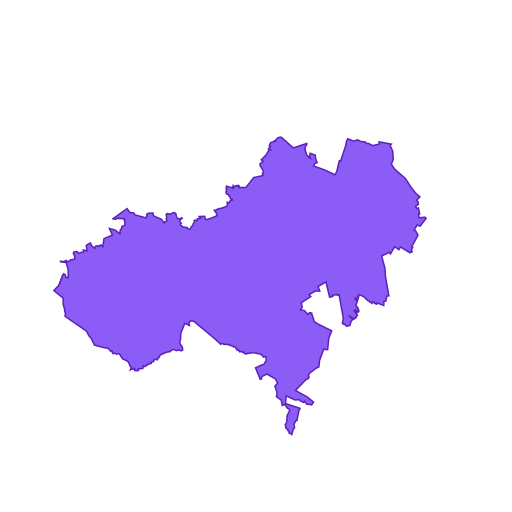 outline of San Luis de la Paz, Guanajuato, Mexico, rotated 221°
{"feature_id": "50627088B5782289806416", "entity_name": "San Luis de la Paz", "entity_type": "district", "adm_level": 2, "iso_a3": "MEX", "parent_name": "Mexico", "parent_adm1": "Guanajuato", "projection": "albers", "projection_center": [-100.461, 21.381], "detail": "fine", "context": "isolated", "style": "filled", "palette": "violet", "viewbox_px": 512, "rotation_deg": 221, "n_neighbors": 0, "source": "geoboundaries", "source_scale": "gbopen_adm2", "svg_char_len": 6133}
<svg xmlns="http://www.w3.org/2000/svg" viewBox="0 0 512 512"><g transform="rotate(221 256 256)"><path d="M319.3,351.2L318.4,347.9L316.8,348.1L317.0,345.2L314.6,345.5L315.8,344.0L314.7,339.1L315.1,332.0L312.6,332.1L313.5,328.3L312.4,327.0L305.8,324.8L305.1,323.5L305.4,322.6L303.5,321.3L309.2,313.7L308.6,301.1L313.7,296.6L314.3,297.6L315.5,297.9L315.9,297.5L315.6,296.6L316.9,296.4L317.9,294.4L319.2,294.3L317.7,293.1L317.7,291.8L319.1,292.6L319.5,291.3L324.1,289.4L322.9,287.4L321.7,286.9L320.9,284.8L319.1,283.4L317.1,284.2L315.8,283.5L314.7,283.8L313.0,282.5L312.1,282.5L311.5,283.2L310.6,282.8L311.7,280.9L311.2,278.4L313.0,277.7L311.3,276.0L310.8,274.8L311.0,273.7L313.5,269.2L315.2,267.4L316.8,263.5L318.0,263.1L314.7,262.6L311.9,260.9L314.5,255.4L317.6,250.4L320.9,252.2L324.8,248.5L322.6,248.0L324.6,245.6L323.8,243.9L325.5,243.2L325.8,242.2L324.7,240.8L324.6,239.2L323.9,238.3L323.9,235.4L323.3,232.7L325.1,232.0L326.4,232.3L330.1,230.1L333.1,229.7L333.8,230.2L333.8,231.6L336.0,231.9L336.8,233.0L336.6,236.2L337.0,236.2L338.1,233.8L339.6,232.9L342.0,233.6L344.2,235.4L346.4,235.1L348.7,230.7L350.7,230.1L351.1,228.4L349.4,227.3L348.0,225.0L346.5,224.3L346.6,222.3L347.3,222.1L347.1,220.7L351.6,221.7L358.9,219.2L360.7,219.6L362.0,220.9L365.3,217.6L365.9,215.8L364.5,214.6L364.2,212.5L374.6,207.5L376.4,208.4L379.7,206.1L384.4,207.2L388.4,190.3L387.8,190.2L387.5,191.1L386.1,191.5L384.8,194.3L384.1,194.2L380.8,197.2L380.2,197.4L380.4,197.0L379.5,196.6L378.6,197.0L375.5,193.6L375.3,192.6L376.2,191.1L376.0,190.5L376.5,190.3L375.5,188.4L375.5,186.4L373.3,183.6L379.5,183.1L384.7,180.6L378.1,177.6L382.1,169.3L377.7,162.5L380.3,162.7L380.7,160.3L382.1,160.2L382.4,159.2L383.3,158.7L383.6,157.6L382.6,156.1L386.1,155.8L389.7,157.2L391.1,152.6L387.0,149.2L390.3,147.2L388.9,146.3L391.7,141.5L393.0,142.0L394.6,141.6L396.1,139.4L395.4,137.9L393.2,137.2L390.8,134.9L392.8,131.8L393.4,131.7L393.3,129.9L394.2,129.0L393.9,128.3L395.4,127.7L396.4,128.1L397.3,125.8L400.1,123.7L399.7,123.4L394.9,126.6L388.6,122.2L383.4,116.3L385.5,115.2L387.6,116.7L389.4,116.5L389.5,115.7L388.9,115.0L389.3,114.5L388.9,113.0L387.9,111.9L388.2,110.6L386.6,108.4L387.1,107.8L386.0,106.5L386.1,105.0L385.2,103.5L385.7,102.4L385.9,97.3L373.9,97.7L369.9,93.1L364.8,89.7L364.2,88.7L362.3,87.8L360.5,85.2L334.6,88.1L329.6,86.1L326.4,85.7L319.4,82.8L310.5,87.1L306.9,89.4L303.2,88.8L303.0,89.7L302.0,89.8L301.3,89.0L299.7,88.5L299.0,90.0L296.9,90.4L295.4,92.2L294.2,92.4L289.5,90.8L284.3,92.3L282.2,92.1L278.5,90.1L276.9,90.2L276.1,87.8L275.7,88.9L273.8,90.4L273.8,91.3L272.2,90.0L269.8,92.0L269.7,92.9L270.7,93.8L267.6,96.8L268.9,99.1L267.1,99.8L267.0,101.6L266.3,102.8L266.8,103.2L264.6,106.1L265.4,107.0L264.0,109.4L264.9,110.4L263.9,112.2L262.3,113.0L263.1,114.5L262.6,115.3L262.8,116.8L263.5,118.0L262.9,119.1L262.9,120.6L261.9,121.0L261.7,122.4L258.9,126.9L258.4,126.8L257.6,130.4L256.6,131.6L253.9,132.4L253.0,134.1L250.3,135.3L249.7,136.6L249.8,137.3L252.3,139.1L254.8,139.6L257.1,140.9L257.9,143.0L261.5,147.6L262.7,150.1L265.5,158.4L260.6,159.9L263.1,162.0L262.5,164.5L260.0,165.9L233.2,166.5L224.7,166.2L224.6,167.2L223.9,168.0L222.0,168.3L220.3,170.3L219.2,170.4L218.0,171.8L217.5,171.5L215.8,171.9L214.8,172.8L213.1,172.7L212.7,173.5L211.4,173.9L210.3,173.0L209.2,173.3L208.8,172.6L207.4,173.6L206.9,173.1L206.1,173.6L205.5,173.0L204.2,174.5L202.9,174.4L202.1,175.6L200.9,174.8L199.7,175.2L198.6,176.2L198.5,177.3L197.2,178.1L194.9,181.1L188.2,184.9L185.7,185.1L184.2,184.5L182.6,186.5L179.8,184.1L179.0,179.2L180.4,177.2L183.0,171.3L172.0,165.7L171.2,166.7L172.5,168.7L170.4,174.0L160.5,176.0L156.3,174.2L156.3,170.1L150.3,166.6L148.3,163.2L142.6,163.8L138.1,160.4L137.1,162.5L135.8,162.8L133.3,161.7L130.8,162.1L129.3,161.7L127.6,155.4L125.9,153.9L125.4,152.5L124.2,151.7L123.2,147.8L120.3,145.6L118.2,146.0L117.7,145.3L115.6,144.8L114.6,144.0L113.5,144.7L111.9,144.7L114.1,149.5L114.2,151.7L117.1,154.3L117.7,157.5L117.7,158.6L117.2,158.8L121.8,166.7L122.8,169.9L137.0,164.0L141.4,170.3L132.0,173.0L129.1,176.0L127.8,175.7L124.0,176.7L124.2,178.2L120.6,177.5L116.3,180.2L116.8,183.5L125.0,183.2L138.0,180.4L137.2,195.6L136.3,197.0L136.4,199.4L138.0,199.9L138.7,202.7L137.0,210.7L135.8,213.5L139.6,219.1L143.7,230.0L140.5,232.3L147.1,241.7L149.8,249.2L164.4,245.4L168.9,244.7L175.0,248.4L175.9,248.4L176.5,249.5L178.5,248.3L178.4,245.9L183.8,246.6L187.2,244.4L187.5,247.6L191.2,250.4L188.0,261.3L190.6,261.8L188.2,268.5L184.9,271.4L189.1,273.7L186.2,282.3L173.4,273.2L171.6,275.9L172.5,276.5L169.4,280.2L168.8,279.8L167.8,281.2L149.0,266.1L146.7,261.9L145.4,261.8L144.6,262.7L141.5,262.4L139.6,265.2L141.5,269.5L141.1,271.9L147.0,271.8L140.6,272.9L140.6,275.0L140.1,274.9L140.6,277.9L146.2,279.1L145.8,280.5L142.5,279.8L141.9,281.5L143.4,281.7L143.1,282.7L145.1,283.0L144.9,283.7L148.1,284.2L149.8,288.1L153.3,288.8L153.3,289.8L150.3,289.2L151.4,291.6L152.3,291.8L152.6,292.6L151.7,292.4L152.8,294.7L147.7,296.0L143.5,295.7L137.4,296.3L138.0,297.8L136.1,298.8L135.6,298.0L133.4,298.8L134.0,299.9L127.1,302.5L129.7,305.6L128.4,307.1L131.0,311.4L129.6,313.1L144.9,325.5L150.6,331.3L161.2,338.5L157.7,346.3L155.9,345.8L157.4,353.9L152.3,354.6L152.9,357.6L141.8,359.4L141.9,361.3L140.9,361.3L141.1,361.9L142.3,361.9L143.2,363.9L143.2,365.2L144.5,365.2L147.4,378.0L152.1,379.7L153.6,379.2L154.8,385.0L151.7,386.2L152.3,396.0L153.8,396.2L158.1,391.8L160.8,394.3L160.1,395.2L164.9,398.8L165.5,397.4L168.2,398.1L167.4,401.6L169.2,403.2L171.4,403.5L171.1,408.2L176.2,408.1L184.4,409.7L194.1,412.5L207.6,412.5L212.1,413.5L214.3,414.5L215.8,419.0L221.6,424.8L227.3,427.4L227.3,429.2L238.0,422.9L236.5,421.1L240.4,415.9L244.8,414.8L245.9,413.7L248.4,413.7L252.2,411.1L255.3,410.5L258.0,406.6L263.6,404.7L263.1,402.3L260.4,397.5L254.4,383.0L255.3,382.9L255.5,382.3L250.5,372.8L249.7,369.1L259.7,366.3L271.7,361.7L272.3,364.5L271.1,366.6L274.9,368.6L277.4,371.0L282.5,369.1L280.9,366.5L279.1,365.5L280.6,365.2L284.0,365.6L287.8,367.8L290.1,369.9L290.9,373.5L291.6,374.2L298.7,362.1L315.0,362.2L316.9,360.1L317.3,357.1L316.6,355.0L317.1,354.4L317.7,354.8L317.9,354.4L317.4,354.1L319.3,351.2Z" fill="#8b5cf6" stroke="#5b21b6" stroke-width="1.5"/></g></svg>